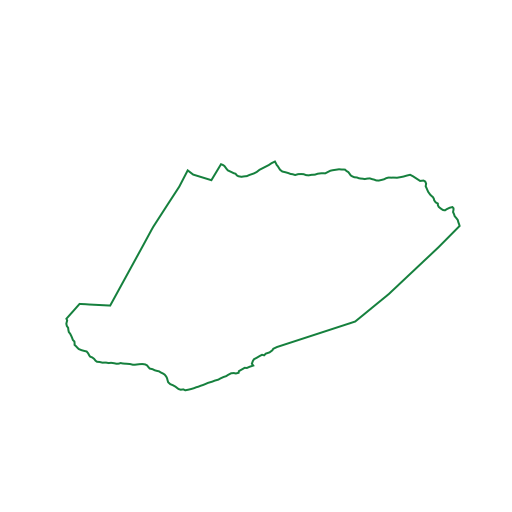 Jaguaretama, Ceará, Brazil, rotated 250°
{"feature_id": "56859067B17127174876684", "entity_name": "Jaguaretama", "entity_type": "district", "adm_level": 2, "iso_a3": "BRA", "parent_name": "Brazil", "parent_adm1": "Ceará", "projection": "equal_earth", "projection_center": [-38.749, -5.493], "detail": "fine", "context": "isolated", "style": "outline", "palette": "green", "viewbox_px": 512, "rotation_deg": 250, "n_neighbors": 0, "source": "geoboundaries", "source_scale": "gbopen_adm2", "svg_char_len": 3026}
<svg xmlns="http://www.w3.org/2000/svg" viewBox="0 0 512 512"><g transform="rotate(250 256 256)"><path d="M159.9,229.7L160.9,231.8L160.8,235.8L161.8,239.1L162.9,240.5L163.3,244.6L163.1,250.3L161.8,288.3L161.2,306.0L160.5,326.8L174.9,368.0L176.4,371.4L201.9,430.7L214.6,457.6L216.3,457.7L218.5,457.7L220.8,457.9L223.1,457.2L225.5,456.3L227.5,456.4L229.9,456.2L231.9,457.4L233.3,457.9L234.8,457.3L235.1,454.5L234.8,451.4L234.3,449.2L235.2,447.5L236.6,446.4L238.3,445.3L239.7,444.5L241.6,444.3L243.1,444.8L244.9,443.2L247.3,442.5L249.0,442.7L250.8,442.4L252.2,441.6L254.0,440.7L257.1,439.8L259.2,439.6L261.2,439.5L263.5,439.3L265.8,440.6L268.1,440.5L269.6,439.2L270.4,435.9L277.2,430.8L279.6,428.6L280.0,425.1L280.2,421.8L280.7,418.6L281.3,415.3L282.5,412.4L283.4,409.8L284.4,407.3L284.6,405.0L284.3,402.6L284.5,400.4L284.9,397.1L285.9,394.8L287.4,393.1L288.5,391.4L290.0,389.5L290.7,387.0L291.1,384.5L292.2,382.6L293.0,380.8L294.0,379.1L295.2,377.8L296.4,375.3L297.9,373.7L299.3,372.6L301.1,372.1L303.2,371.5L304.8,370.2L306.8,369.1L308.0,366.0L309.1,363.7L309.7,360.7L310.4,357.3L310.7,355.0L310.4,352.5L310.0,349.4L311.4,345.7L312.2,342.2L312.3,339.2L313.3,335.9L313.8,333.0L314.9,330.7L316.6,328.7L317.6,326.4L318.5,323.6L318.7,320.5L320.3,318.4L321.3,316.5L322.9,314.7L324.5,312.5L326.4,309.6L328.8,308.1L331.0,307.6L332.9,307.2L334.4,306.6L336.3,306.4L338.3,306.1L337.9,302.3L337.1,299.2L335.8,288.8L334.7,285.4L334.3,282.2L334.4,277.6L334.2,274.7L334.9,272.0L335.4,269.4L337.0,266.7L338.3,265.6L340.3,264.9L341.5,263.3L343.2,261.7L345.0,259.9L346.1,258.8L348.0,258.1L351.4,257.1L352.9,256.0L354.2,254.5L342.5,240.0L354.0,224.8L359.8,221.1L347.4,207.6L335.0,191.1L318.7,169.6L316.5,167.0L304.7,153.7L262.7,105.9L259.3,102.0L260.7,98.7L267.5,82.6L269.1,79.1L271.3,73.8L261.9,56.4L260.0,56.5L258.6,55.5L257.2,54.6L254.9,54.3L252.8,54.9L250.7,54.4L248.6,54.1L246.4,54.8L243.8,55.1L241.9,55.2L239.7,55.2L237.8,56.1L236.1,55.7L234.5,55.1L232.8,56.0L231.1,56.7L229.2,57.6L227.2,59.8L225.5,62.2L224.2,64.2L221.9,65.0L219.6,65.3L218.2,65.7L216.7,67.4L214.7,68.7L212.5,69.4L211.0,70.4L209.9,72.8L208.3,75.2L207.2,78.5L205.8,80.9L205.2,83.3L203.7,86.1L202.5,88.0L201.8,90.1L201.7,92.2L200.7,93.8L199.8,95.7L198.9,97.8L197.5,100.8L196.0,103.0L195.2,105.2L194.7,107.4L194.1,109.9L193.3,112.4L192.0,114.8L190.5,116.2L188.7,116.8L186.6,117.6L185.0,120.1L183.3,121.7L182.0,123.5L180.8,125.4L179.0,126.8L177.5,128.3L175.8,129.6L173.4,130.4L171.5,130.6L169.6,130.4L167.4,130.3L164.9,131.6L163.0,133.7L160.8,135.6L159.2,136.6L157.5,137.7L156.1,139.5L155.5,142.1L154.0,143.6L153.5,146.8L153.2,149.4L153.0,152.5L153.1,155.0L152.9,157.1L153.0,159.6L152.9,162.2L153.0,164.7L153.2,167.4L152.9,172.0L153.0,174.7L152.7,178.3L153.1,180.6L153.4,184.1L153.3,186.9L153.8,188.9L154.3,192.5L153.6,195.1L152.5,196.9L152.2,199.7L153.6,200.5L154.0,202.5L154.4,204.9L154.8,207.1L153.9,209.1L154.1,212.1L154.0,215.9L156.2,215.3L158.4,217.1L159.7,218.8L160.1,221.8L160.8,225.5L161.1,227.9L159.9,229.7Z" fill="none" stroke="#15803d" stroke-width="2"/></g></svg>